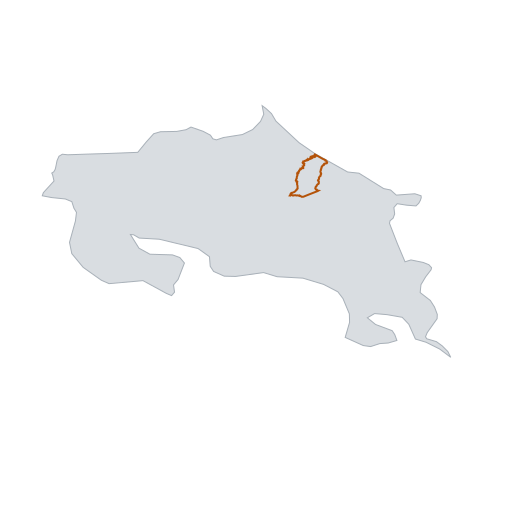 Siquirres, Limón, Costa Rica (highlighted), rotated 338°
{"feature_id": "36466004B47231661736374", "entity_name": "Siquirres", "entity_type": "district", "adm_level": 2, "iso_a3": "CRI", "parent_name": "Costa Rica", "parent_adm1": "Limón", "projection": "orthographic", "projection_center": [-83.503, 10.148], "detail": "fine", "context": "in_parent", "style": "outline", "palette": "amber", "viewbox_px": 512, "rotation_deg": 338, "n_neighbors": 0, "source": "geoboundaries", "source_scale": "gbopen_adm2", "svg_char_len": 6669}
<svg xmlns="http://www.w3.org/2000/svg" viewBox="0 0 512 512"><g transform="rotate(338 256 256)"><path d="M431.6,262.0L431.0,263.9L429.2,266.0L426.6,268.1L423.1,269.5L414.7,265.3L406.5,260.4L402.0,262.7L400.3,269.0L397.3,272.3L393.5,273.5L392.0,275.7L391.7,297.1L392.0,317.2L398.2,317.7L408.6,324.6L413.0,328.8L414.4,332.6L413.1,334.4L405.6,338.8L398.2,344.4L394.5,351.4L401.0,362.6L402.4,370.2L402.2,378.1L400.4,382.0L386.0,391.2L382.9,394.4L383.3,396.7L391.2,403.0L395.0,409.1L398.1,416.5L398.6,422.9L391.4,411.0L381.4,399.7L372.7,392.7L372.1,376.5L368.6,367.6L355.6,359.5L344.4,353.8L336.1,355.0L341.2,364.3L354.3,376.3L355.2,380.9L355.0,387.1L346.0,386.2L338.0,383.6L328.3,382.9L321.9,379.2L308.2,364.9L317.9,352.6L320.9,344.6L320.7,328.0L318.5,319.9L308.0,307.6L291.2,294.1L267.8,283.1L256.8,274.2L229.4,267.3L219.0,262.8L210.9,254.4L209.7,248.4L212.6,239.2L205.1,227.4L172.6,204.2L154.4,195.6L150.5,190.5L147.6,189.0L150.4,204.9L158.3,214.6L179.0,223.7L184.8,228.9L187.0,235.7L174.9,248.6L168.7,251.9L166.9,259.0L162.9,261.1L158.8,257.0L142.0,236.5L109.4,226.6L103.5,220.5L91.5,201.8L86.1,184.8L88.2,173.5L101.7,155.9L105.9,148.3L105.1,143.5L105.6,136.6L100.6,131.7L88.3,125.2L80.4,120.1L82.6,117.6L96.8,110.8L97.8,104.7L97.7,102.6L100.0,102.2L102.1,100.6L103.4,98.9L107.3,93.0L110.7,89.7L114.6,89.1L119.3,91.6L137.1,98.1L156.9,105.4L185.2,115.6L196.9,109.2L207.0,104.3L214.0,105.0L229.2,110.8L238.4,112.7L244.0,112.1L253.7,120.6L259.0,126.9L259.9,131.2L262.8,133.5L270.4,134.0L288.9,138.3L300.3,137.5L310.6,132.9L316.3,127.5L318.0,118.9L320.6,123.2L323.7,129.8L325.0,138.4L338.4,167.1L349.0,183.2L372.4,212.4L382.5,217.8L399.6,241.3L405.5,245.2L408.9,252.1L426.6,257.8L431.6,262.0Z" fill="#d9dde1" stroke="#a8b0b8" stroke-width="1"/><path d="M356.2,193.0L353.9,190.5L349.5,184.9L349.1,184.4L348.5,183.7L348.0,183.3L348.3,184.0L348.5,184.5L348.7,184.9L348.9,185.1L349.1,185.2L349.4,185.4L349.4,185.5L349.1,185.6L348.7,185.4L348.5,185.5L348.4,185.5L348.4,185.8L348.4,186.0L348.2,186.1L348.0,185.9L347.9,186.0L347.5,186.1L347.3,186.1L347.1,186.1L347.1,185.9L347.3,185.6L347.3,185.4L347.1,185.4L346.9,185.5L346.8,185.4L347.0,185.1L347.0,184.9L346.9,184.9L346.4,184.9L346.3,185.2L346.2,185.3L345.9,185.4L345.8,184.8L345.7,184.6L345.4,184.6L345.2,185.1L344.9,184.7L344.7,184.6L344.2,185.1L344.2,185.4L344.1,185.5L344.0,185.3L344.2,184.8L344.3,184.6L343.8,184.5L343.7,184.6L343.6,184.9L343.6,185.2L343.7,185.3L343.1,185.4L342.9,185.5L343.0,185.6L343.1,186.0L342.7,186.0L342.4,186.0L342.5,186.0L342.9,186.3L342.2,186.3L341.9,186.1L341.7,186.0L341.4,186.1L341.2,186.1L340.9,186.3L340.6,185.9L340.5,186.2L340.2,186.3L339.9,186.4L339.6,186.4L339.6,186.5L339.3,186.5L339.3,186.3L339.0,186.2L338.9,185.9L338.4,186.1L338.0,186.1L337.7,186.3L337.4,186.3L337.3,186.1L337.1,186.1L336.7,186.1L336.4,186.0L336.1,186.1L335.8,186.3L335.5,186.6L335.3,186.6L335.2,186.5L335.1,186.8L334.8,186.5L334.5,186.6L334.2,186.9L334.2,187.1L334.2,187.4L334.3,187.6L334.5,187.6L334.6,187.4L334.8,187.5L335.0,187.8L334.9,187.8L334.8,188.2L334.9,188.6L334.6,188.6L334.6,188.8L334.9,188.8L334.8,189.1L334.6,189.3L334.4,189.5L334.5,189.7L334.5,190.0L334.1,190.0L333.9,190.2L334.0,190.5L334.1,190.9L334.0,190.7L333.8,190.7L333.6,190.8L333.4,191.0L333.4,190.9L333.2,190.8L333.0,190.7L333.0,190.9L333.0,191.1L332.9,191.4L332.7,191.4L332.7,191.5L332.5,191.9L332.5,192.1L332.2,192.0L332.1,191.9L332.2,191.7L331.8,191.7L331.6,191.8L331.4,191.6L331.2,191.6L330.9,191.9L331.0,192.1L330.6,192.2L330.4,192.2L330.4,192.3L330.1,192.4L329.7,191.8L329.3,192.2L329.0,192.6L328.7,192.6L328.3,192.8L328.1,193.0L327.7,193.2L327.6,193.4L327.1,193.7L327.2,193.9L326.9,194.0L326.5,194.3L326.4,194.3L326.5,194.6L326.5,194.9L326.4,195.0L326.2,195.0L325.8,195.3L325.6,195.2L325.4,195.0L325.3,195.3L325.2,195.5L325.1,195.4L324.9,195.4L324.9,195.5L324.8,195.9L324.7,196.1L324.5,197.0L324.3,197.1L324.0,197.4L323.8,197.5L323.7,197.7L323.4,198.0L323.3,198.4L322.9,199.0L322.8,199.4L322.3,199.6L322.0,200.0L321.7,200.3L321.6,200.6L321.2,201.0L321.3,201.2L321.5,201.3L321.5,201.5L321.4,201.8L321.5,202.0L321.8,202.1L322.0,202.1L322.1,202.3L321.9,202.4L321.8,202.6L321.7,203.2L321.4,203.1L321.4,203.5L321.3,203.9L321.2,204.3L321.0,204.7L320.9,204.9L320.9,205.5L320.8,206.0L320.8,206.3L320.7,206.8L320.5,207.1L320.3,207.6L320.1,208.3L320.0,208.8L319.8,208.9L319.6,209.0L319.4,209.2L319.4,209.3L318.9,209.5L318.4,209.6L318.3,209.8L318.2,210.1L317.5,210.3L317.3,210.3L316.8,210.6L316.6,210.7L315.9,210.9L315.6,211.0L315.3,211.0L315.1,211.0L314.6,211.0L314.4,211.0L314.1,211.0L313.8,211.0L313.4,211.0L313.2,211.1L312.9,211.1L312.7,211.0L312.5,210.8L312.3,210.9L312.2,210.9L312.1,211.1L311.9,211.1L311.6,211.2L311.5,211.4L311.2,211.5L310.9,211.9L310.8,212.1L310.7,212.2L310.1,212.6L310.3,212.7L310.4,212.8L310.6,212.7L311.0,212.5L311.3,212.5L311.8,212.6L311.8,212.8L312.0,212.9L312.0,213.0L312.4,213.3L312.5,213.5L312.9,213.8L313.1,213.9L313.4,213.9L313.5,213.8L314.0,214.0L314.6,214.2L314.8,214.2L315.3,214.4L315.7,214.8L315.9,214.9L316.2,215.1L316.4,215.1L316.5,215.1L316.9,215.2L317.2,215.4L317.7,215.7L318.1,216.0L318.6,216.0L318.6,216.4L318.7,216.5L318.8,216.5L319.1,216.5L319.2,216.9L319.3,217.0L319.6,217.1L319.8,217.1L320.5,218.2L322.1,218.8L328.3,218.8L337.6,218.9L338.2,218.8L337.5,218.4L337.4,218.3L337.3,218.1L337.3,217.6L337.0,217.6L336.8,217.0L336.5,216.6L336.4,216.3L336.3,215.9L336.3,215.5L336.4,215.4L336.7,215.1L336.8,214.8L336.9,214.7L337.2,214.5L337.3,214.2L337.5,214.1L338.0,214.0L338.4,213.8L338.5,213.7L338.8,213.2L339.3,213.0L339.5,212.9L339.8,212.7L340.0,212.6L340.6,212.6L341.2,212.4L341.4,212.2L341.4,211.9L341.8,211.4L341.9,210.9L342.1,210.6L342.2,210.3L342.1,210.1L341.8,209.6L341.7,209.3L342.0,209.0L342.0,208.9L342.2,208.7L342.4,208.6L342.7,208.5L342.9,208.4L343.3,208.2L343.5,207.8L343.5,207.2L344.0,206.7L344.5,206.3L344.7,206.2L344.9,206.2L345.1,206.1L345.6,206.1L346.0,205.5L346.1,205.2L346.5,205.1L346.6,204.9L346.8,204.6L347.0,204.5L347.2,204.3L347.3,204.0L347.3,203.6L347.1,203.4L347.1,203.2L347.3,202.9L347.2,202.5L347.2,202.1L347.3,201.9L347.6,201.4L348.0,201.1L348.2,200.8L348.4,200.6L348.4,200.3L348.7,199.9L348.9,199.8L349.2,199.6L349.4,199.0L349.8,198.8L349.9,198.6L350.1,198.4L350.2,198.0L350.4,197.9L350.7,197.8L350.8,197.6L351.1,197.5L351.4,197.3L351.5,197.2L351.8,197.2L352.1,197.0L352.5,196.9L352.5,197.0L352.9,197.1L353.0,197.0L352.9,196.6L353.3,196.4L353.6,196.1L353.8,196.0L354.0,196.0L354.4,196.3L354.8,196.2L355.3,196.2L355.5,196.3L355.9,196.2L356.1,196.3L356.3,196.5L356.5,196.4L356.7,196.2L356.9,196.2L357.0,196.1L357.0,195.9L357.0,194.7L356.9,194.6L356.8,194.4L356.3,193.7L356.0,193.5L356.0,193.4L356.1,193.1L356.2,193.0Z" fill="none" stroke="#b45309" stroke-width="2"/></g></svg>